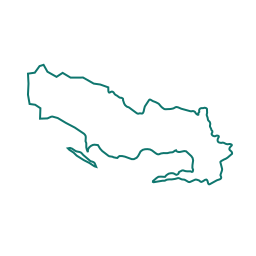 an SVG outline of Analanjirofo, rotated 98°
{"feature_id": "MDG-5863", "entity_name": "Analanjirofo", "entity_type": "Autonomous Province", "adm_level": 1, "iso_a3": "MDG", "parent_name": "Madagascar", "parent_adm1": "", "projection": "albers", "projection_center": [49.502, -16.347], "detail": "fine", "context": "isolated", "style": "outline", "palette": "teal", "viewbox_px": 256, "rotation_deg": 98, "n_neighbors": 0, "source": "natural_earth", "source_scale": "10m", "svg_char_len": 5048}
<svg xmlns="http://www.w3.org/2000/svg" viewBox="0 0 256 256"><g transform="rotate(98 128 128)"><path d="M178.8,95.7L177.1,95.9L173.5,92.7L172.1,91.1L171.6,88.8L171.3,85.0L171.1,84.4L170.2,84.0L169.2,83.2L168.3,82.2L167.6,81.4L167.2,80.4L166.8,79.2L166.6,77.9L166.6,76.7L167.0,75.4L167.5,74.4L167.6,73.4L166.9,72.3L166.4,71.8L166.0,71.6L165.5,71.5L164.9,71.5L164.5,71.3L162.5,68.5L162.3,67.5L162.7,65.2L162.7,63.8L162.2,60.0L162.3,59.6L162.5,59.1L162.6,58.6L162.2,57.9L161.8,57.8L160.4,57.7L158.5,58.7L155.9,59.0L151.1,59.0L148.8,59.8L147.1,61.3L143.0,67.2L143.0,69.1L144.6,73.5L144.7,74.5L144.6,75.6L143.8,77.7L143.6,77.7L144.1,78.6L145.0,79.4L145.8,80.4L146.4,83.0L147.4,85.5L147.9,89.3L148.6,91.7L149.7,93.7L149.9,94.6L149.7,95.8L149.1,97.1L146.9,101.1L146.2,103.2L146.2,105.8L146.7,108.3L147.6,110.4L149.5,112.3L154.2,114.0L156.3,115.3L158.0,117.8L158.3,120.0L156.8,127.1L156.6,130.0L157.0,132.6L158.3,133.8L159.1,134.3L159.2,135.4L159.0,138.3L158.6,139.4L158.6,140.0L158.6,142.6L158.2,143.6L154.4,150.3L152.3,152.8L149.1,155.4L149.2,158.9L149.7,160.5L150.8,162.1L152.3,163.5L153.9,164.4L155.6,164.6L157.5,164.4L155.3,165.7L153.0,166.6L148.8,167.2L147.0,168.2L143.3,168.5L141.9,168.8L140.7,169.7L139.8,170.8L135.0,180.7L131.6,190.2L127.9,199.0L127.2,204.4L127.5,205.6L129.7,209.1L131.0,216.4L120.6,217.5L117.9,223.2L117.9,228.8L108.9,231.7L98.0,232.7L88.1,234.6L86.2,228.0L79.0,224.2L77.2,220.4L83.5,215.6L87.3,205.9L82.5,200.4L86.1,191.9L84.3,179.5L88.8,168.1L88.8,161.5L90.5,153.2L94.1,152.6L94.6,152.4L95.3,152.0L95.5,151.7L95.5,151.3L95.4,151.0L94.7,150.1L94.3,149.4L94.2,149.0L94.2,148.4L94.5,147.7L94.8,147.2L95.3,146.8L96.0,146.2L96.6,145.5L96.9,145.0L97.6,143.2L98.5,141.6L98.9,140.8L99.1,140.1L99.0,139.0L99.1,138.4L99.4,137.5L99.7,137.1L100.2,136.9L100.6,136.8L101.1,136.8L101.5,136.6L104.3,135.2L105.8,134.0L106.9,132.3L107.1,131.8L107.2,131.4L107.3,130.6L107.6,129.7L111.9,121.8L112.3,120.9L112.4,120.2L112.4,119.8L112.2,119.3L111.8,118.3L111.8,117.9L111.8,117.0L111.8,116.6L111.7,116.1L111.6,115.8L111.3,115.5L111.0,115.3L110.2,115.0L109.4,114.8L106.5,114.6L104.3,114.3L97.5,111.1L97.2,110.9L96.9,110.6L96.8,110.1L96.9,109.5L97.9,107.1L98.5,104.4L99.3,102.0L99.8,100.9L100.2,100.4L102.0,98.4L103.0,97.0L104.0,95.1L104.2,94.5L104.2,94.0L104.1,93.0L103.3,88.7L102.8,87.1L102.2,85.6L101.7,85.0L100.8,83.8L100.7,83.5L100.5,83.1L100.5,82.6L100.5,82.1L100.6,81.2L101.5,77.9L102.7,68.6L102.7,68.1L102.7,67.7L102.6,67.4L102.4,67.0L102.3,66.5L102.2,66.0L102.3,65.0L102.5,64.5L102.7,64.0L103.9,63.0L104.7,62.0L105.0,61.4L105.2,60.8L105.2,60.5L105.0,60.2L104.7,60.2L104.0,60.4L103.6,60.5L103.3,60.3L103.0,60.1L102.7,59.9L102.3,59.7L101.9,59.7L101.2,59.9L100.7,60.0L100.3,60.0L99.8,59.9L99.4,59.7L99.1,59.6L98.8,59.3L98.6,59.0L98.2,58.4L98.1,57.9L98.0,57.5L97.9,56.5L97.8,56.2L97.5,55.5L97.3,55.0L97.3,54.4L97.5,53.3L97.8,52.8L98.1,52.5L99.0,52.3L100.8,52.0L101.7,51.8L102.1,51.8L102.5,51.8L103.4,51.9L103.8,51.9L104.3,51.8L104.6,51.7L106.7,50.6L108.3,50.1L109.0,49.8L109.3,49.5L109.7,49.1L110.1,48.5L110.4,48.1L110.7,47.9L111.4,47.5L111.8,47.3L112.1,47.2L112.6,47.1L113.0,47.1L114.0,47.2L114.5,47.1L115.2,47.0L117.2,45.6L118.0,45.3L118.4,45.1L119.0,44.4L119.3,44.1L119.7,44.0L120.1,43.9L120.5,43.9L121.7,44.3L122.2,44.4L122.7,44.2L123.2,43.8L123.5,43.4L123.8,43.0L124.0,42.2L124.1,41.8L124.1,41.3L124.1,40.8L123.9,40.4L123.8,40.1L123.3,39.5L123.2,39.1L123.1,38.6L123.1,38.1L123.2,37.5L123.4,37.1L123.7,36.9L124.1,36.9L124.5,36.9L125.6,37.4L126.5,37.6L127.5,37.6L128.0,37.5L128.5,37.3L129.1,36.9L129.4,36.4L129.6,36.0L129.8,34.6L129.7,33.6L129.7,33.2L129.5,32.8L129.3,32.3L129.3,32.0L129.3,31.5L129.4,30.9L130.0,29.2L130.1,28.8L130.2,27.9L130.2,27.0L129.7,25.3L129.7,24.8L129.7,24.2L129.9,23.4L130.1,23.0L130.5,22.8L130.9,22.9L131.2,23.1L132.9,24.3L133.1,24.4L133.4,24.5L133.8,24.6L134.3,24.7L134.7,24.7L135.2,24.5L135.7,24.1L137.0,22.2L137.6,21.8L137.9,21.6L138.6,21.4L139.1,21.4L143.5,25.3L145.0,27.1L145.6,28.2L147.3,30.5L148.1,31.4L148.8,31.8L149.2,31.7L155.2,29.2L155.5,29.1L156.3,29.0L157.4,29.1L161.0,29.8L161.8,29.9L162.2,29.7L163.3,29.1L163.7,28.9L164.4,28.8L164.8,28.9L165.2,29.1L165.5,29.3L166.0,29.9L167.4,32.7L172.2,39.1L172.4,39.5L172.5,39.9L172.3,40.3L172.1,40.6L171.8,40.8L171.5,41.0L169.6,41.8L169.1,42.1L168.9,42.3L168.6,42.5L168.2,43.1L168.3,43.7L168.7,44.6L170.3,46.4L170.9,47.3L171.2,48.0L171.1,48.4L171.0,48.8L170.2,50.1L170.0,50.5L169.7,52.2L169.6,53.2L169.7,53.6L169.7,54.1L170.1,54.8L172.7,58.9L173.0,59.6L173.0,60.1L173.0,60.5L172.9,60.9L171.5,64.3L171.4,64.7L171.3,65.2L171.4,67.1L171.4,67.6L170.6,70.5L170.6,71.0L170.7,71.6L171.9,74.4L172.8,77.5L173.1,79.8L173.4,81.0L173.7,82.1L174.1,82.9L174.8,83.8L175.1,84.5L175.2,85.0L175.4,86.4L178.2,95.3L178.7,95.7L178.8,95.7ZM165.9,160.8L166.2,159.7L166.3,158.6L166.6,157.4L167.2,156.4L168.1,155.7L170.9,154.1L170.6,155.9L168.0,161.4L166.0,167.2L162.5,175.0L159.9,178.5L157.8,183.0L156.5,184.7L155.8,182.6L156.2,180.6L158.0,176.9L158.3,175.8L158.4,174.8L158.5,172.7L158.8,171.4L159.4,170.4L161.0,168.5L165.9,160.8Z" fill="none" stroke="#0f766e" stroke-width="2"/></g></svg>